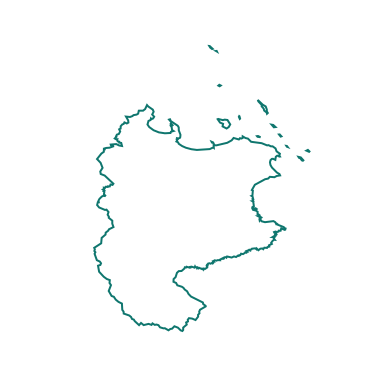 Mueang Chumphon, Chumphon, Thailand, rotated 290°
{"feature_id": "78962969B98513792826345", "entity_name": "Mueang Chumphon", "entity_type": "district", "adm_level": 2, "iso_a3": "THA", "parent_name": "Thailand", "parent_adm1": "Chumphon", "projection": "equal_earth", "projection_center": [99.148, 10.452], "detail": "fine", "context": "isolated", "style": "outline", "palette": "teal", "viewbox_px": 384, "rotation_deg": 290, "n_neighbors": 0, "source": "geoboundaries", "source_scale": "gbopen_adm2", "svg_char_len": 6097}
<svg xmlns="http://www.w3.org/2000/svg" viewBox="0 0 384 384"><g transform="rotate(290 192 192)"><path d="M77.0,240.4L78.6,239.7L80.6,240.5L82.0,239.7L84.1,239.8L89.2,244.0L89.7,243.7L90.5,240.9L91.9,240.0L93.4,226.9L95.0,223.6L97.0,221.4L97.9,218.4L99.0,216.8L99.5,214.9L99.3,210.1L101.1,208.2L101.3,205.3L103.9,204.5L106.4,205.7L110.9,205.5L113.1,206.6L114.2,209.2L117.6,211.1L118.8,211.0L119.2,212.5L119.9,212.5L120.1,215.9L120.5,216.4L121.0,215.9L121.7,217.1L121.8,220.2L123.1,220.3L122.5,221.0L122.9,222.0L122.1,222.8L123.0,223.1L122.5,224.3L123.2,224.6L123.0,227.7L123.4,227.6L123.8,228.9L123.3,229.4L124.2,229.5L124.2,230.6L126.3,232.1L127.8,230.9L128.6,231.0L128.5,231.8L130.2,231.6L131.0,232.7L131.0,234.0L132.2,235.0L131.9,235.9L132.6,236.2L133.9,235.4L134.1,236.3L134.5,235.8L135.6,236.7L135.8,238.4L136.8,239.5L137.5,241.8L138.1,241.5L139.2,242.5L140.1,244.6L140.6,244.7L140.6,243.8L141.7,244.8L142.4,246.1L142.1,246.8L143.4,247.0L144.0,251.7L145.8,253.5L146.0,255.7L147.9,256.9L147.9,257.8L148.7,257.9L149.1,259.0L150.8,259.2L151.1,261.2L153.4,262.9L153.7,264.7L154.0,263.5L154.7,264.5L155.2,263.4L156.9,265.4L156.9,266.2L157.4,265.8L158.3,267.5L159.2,267.7L160.7,270.7L160.2,272.2L161.0,272.2L160.0,274.3L162.1,275.6L163.0,277.4L162.6,278.5L164.4,279.0L165.1,281.6L166.0,281.7L167.6,284.0L167.4,282.7L168.2,282.5L170.5,284.8L171.3,283.8L173.5,284.4L175.2,285.3L175.4,286.2L176.6,284.5L177.8,285.0L177.2,283.1L179.1,284.6L180.8,284.6L180.4,285.7L181.0,286.0L182.5,284.6L182.0,283.2L182.4,282.8L183.4,284.0L183.4,285.5L184.4,286.8L185.3,286.7L185.9,288.5L188.3,288.3L188.1,292.0L188.5,292.5L189.7,292.4L189.7,291.4L190.4,290.2L190.6,283.1L191.1,283.1L191.3,282.3L190.8,282.0L192.1,280.6L192.5,278.5L188.6,270.9L188.3,267.5L189.5,265.8L188.3,265.4L189.6,264.6L191.3,265.7L191.8,262.7L192.2,263.8L192.4,262.8L193.3,263.3L193.8,261.8L193.5,261.2L195.9,260.4L196.4,258.3L196.1,255.5L197.4,254.1L198.4,253.9L199.8,255.0L203.8,252.9L204.0,251.9L204.4,252.7L205.9,251.4L206.2,252.0L208.4,250.5L208.7,249.3L209.3,250.0L214.1,248.7L214.3,247.6L220.3,248.6L229.0,256.3L230.6,258.9L232.9,260.0L234.1,264.4L236.0,266.1L237.7,269.1L238.8,268.0L239.3,265.2L242.3,258.8L244.2,256.5L246.6,255.1L248.8,254.9L250.4,255.7L250.9,256.7L250.7,259.3L253.7,258.7L255.1,259.5L255.6,260.5L255.1,261.9L255.4,262.5L256.1,261.6L258.0,261.5L259.1,257.6L261.5,255.6L262.5,252.1L261.9,250.5L262.2,247.9L261.5,246.6L261.7,240.8L259.4,230.4L261.3,226.3L261.0,223.8L261.6,220.6L260.0,221.1L259.0,219.9L259.0,218.7L257.4,218.1L257.0,212.6L254.1,211.6L250.3,208.3L244.2,199.0L243.4,196.3L240.9,197.4L241.1,196.7L238.4,194.0L233.2,182.2L232.0,176.8L231.5,171.1L231.8,167.0L232.8,163.0L233.9,162.0L234.1,160.1L235.3,160.4L236.1,159.7L236.8,160.5L237.5,159.9L237.7,161.6L237.7,160.9L238.7,162.1L239.5,162.2L241.8,161.6L245.4,158.5L248.2,157.4L249.4,155.9L251.4,147.8L252.8,146.5L252.2,145.7L250.7,148.3L249.8,149.0L248.9,148.7L248.1,150.9L247.6,150.6L248.0,149.0L247.1,149.1L246.0,150.7L243.4,152.1L243.0,153.8L241.4,151.6L240.1,151.6L237.9,146.4L236.7,140.5L236.9,134.8L238.4,129.6L240.2,127.1L243.9,126.8L245.4,128.4L247.0,128.3L246.6,129.0L247.8,130.3L249.8,130.7L251.2,128.1L254.3,128.5L256.0,127.0L257.4,121.6L258.3,120.0L253.9,119.6L251.7,118.2L250.2,114.2L247.2,114.6L245.8,113.5L244.2,110.7L243.0,110.1L241.3,108.1L240.3,104.2L237.5,107.5L235.5,108.5L234.1,107.3L234.3,104.7L232.6,104.5L231.7,103.4L229.4,102.5L227.2,103.2L226.0,102.1L224.3,103.8L221.5,103.4L220.2,101.8L218.6,101.6L218.7,100.9L218.0,102.1L215.9,101.1L215.6,102.4L216.1,103.8L215.3,103.8L214.2,104.8L214.4,106.4L213.5,106.7L213.9,108.7L211.3,110.5L210.8,107.7L211.1,104.4L208.8,99.4L208.3,99.8L208.3,102.0L207.9,102.3L205.4,99.3L204.1,96.4L203.1,95.0L202.4,95.3L202.3,94.5L199.6,95.4L197.1,93.7L190.5,91.5L188.2,96.1L184.1,99.7L179.9,98.8L177.7,100.1L177.6,104.3L172.9,115.3L171.5,114.9L171.2,112.9L169.1,112.8L168.5,110.9L167.9,111.0L167.4,109.1L166.0,108.8L165.9,107.7L164.7,108.3L163.9,107.5L163.5,109.1L162.5,108.6L162.2,109.6L159.8,110.0L159.0,111.7L158.4,111.5L158.2,110.1L156.9,108.8L153.9,107.4L151.9,107.1L150.5,107.9L150.2,107.0L147.3,107.3L145.7,110.0L145.4,116.4L146.2,117.7L144.6,120.4L141.8,120.5L140.4,122.3L139.3,122.6L137.8,126.9L135.0,127.9L132.2,130.2L128.5,126.7L127.0,126.5L124.3,124.8L122.4,125.3L118.0,122.8L112.7,124.2L106.1,119.2L104.9,120.3L103.2,120.4L102.4,121.8L100.6,121.6L95.4,125.9L95.1,129.2L93.9,130.9L92.1,130.8L90.6,128.9L85.3,132.0L82.2,138.0L81.1,141.7L81.1,144.9L78.3,145.6L76.8,147.7L70.5,147.6L66.8,152.0L66.8,154.4L64.8,157.1L63.6,160.5L63.2,164.3L57.4,166.8L56.2,168.6L54.4,169.4L54.5,175.2L53.7,177.5L52.2,179.0L52.2,181.0L51.1,182.3L48.8,187.8L51.5,188.9L50.4,192.1L53.2,196.3L53.3,199.4L55.0,199.8L54.4,202.4L55.3,204.0L55.4,206.0L53.9,208.2L54.1,211.8L54.7,213.1L54.0,217.2L55.9,218.5L56.7,220.0L59.8,221.4L59.7,225.2L58.1,228.7L58.1,230.5L59.3,230.9L61.6,230.1L65.6,232.4L67.4,231.1L69.0,232.5L70.5,231.7L72.4,232.3L73.1,235.5L72.9,239.1L77.0,240.4ZM271.2,198.0L270.1,196.4L269.6,191.6L269.2,191.2L266.8,194.6L266.7,197.9L264.1,198.3L263.5,202.8L265.6,204.3L268.6,204.8L271.8,200.7L271.2,198.0ZM298.2,228.7L301.0,222.3L299.8,223.4L297.6,227.8L296.3,228.2L294.9,230.8L293.2,232.0L292.2,235.0L291.2,235.7L292.2,236.2L293.4,234.7L295.1,234.1L297.6,232.0L298.2,228.7ZM259.9,285.8L261.7,282.4L261.4,280.0L260.7,280.9L260.7,282.3L259.3,284.4L259.3,285.5L259.9,285.8ZM282.5,243.8L280.8,246.8L281.6,248.3L282.8,245.4L282.5,243.8ZM333.6,162.5L335.2,158.7L335.1,158.3L333.9,159.8L333.2,162.0L333.6,162.5ZM301.9,182.6L302.1,181.0L301.0,180.4L300.8,181.8L301.9,182.6ZM198.1,258.6L198.5,257.3L197.8,255.9L197.2,258.1L198.1,258.6ZM274.9,257.0L276.1,254.7L275.8,254.1L274.4,256.4L274.9,257.0ZM271.2,286.5L270.0,285.4L269.8,288.3L270.3,288.5L271.2,286.5ZM266.9,237.7L267.2,234.9L266.7,234.0L266.3,234.7L266.9,237.7ZM277.4,212.1L279.4,210.7L279.5,210.4L278.7,210.3L277.0,211.9L277.4,212.1ZM245.3,195.4L245.8,194.9L245.9,193.2L245.3,193.8L245.3,195.4ZM267.0,266.5L267.7,265.4L267.6,264.9L267.0,265.7L267.0,266.5ZM332.5,167.4L333.0,166.9L332.7,166.3L332.5,167.4Z" fill="none" stroke="#0f766e" stroke-width="2"/></g></svg>